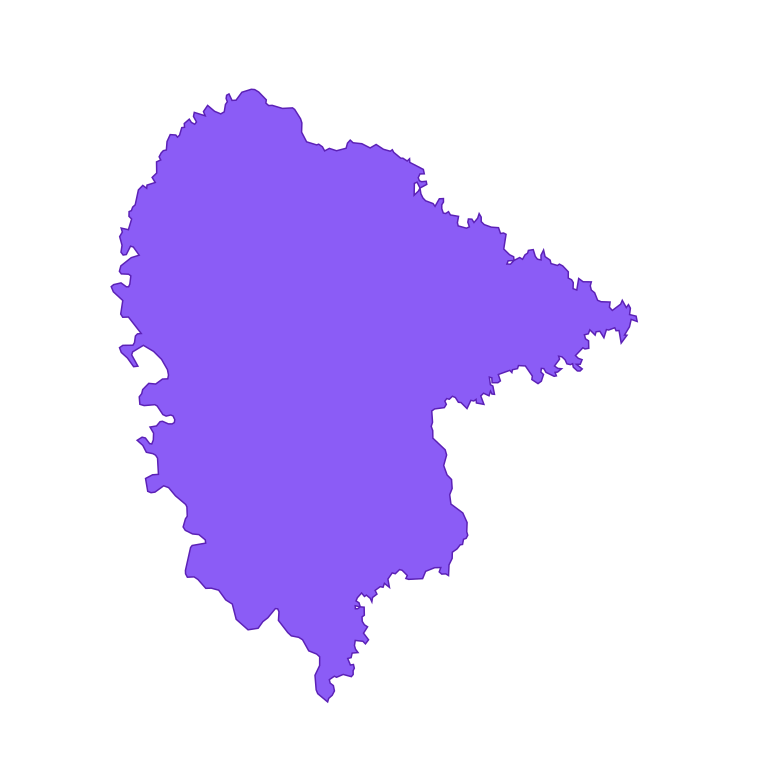 Ortigueira, Paraná, Brazil, rotated 173°
{"feature_id": "56859067B19846476381832", "entity_name": "Ortigueira", "entity_type": "district", "adm_level": 2, "iso_a3": "BRA", "parent_name": "Brazil", "parent_adm1": "Paraná", "projection": "equal_earth", "projection_center": [-50.979, -24.105], "detail": "fine", "context": "isolated", "style": "filled", "palette": "violet", "viewbox_px": 768, "rotation_deg": 173, "n_neighbors": 0, "source": "geoboundaries", "source_scale": "gbopen_adm2", "svg_char_len": 6162}
<svg xmlns="http://www.w3.org/2000/svg" viewBox="0 0 768 768"><g transform="rotate(173 384 384)"><path d="M624.5,304.6L615.1,309.8L610.4,307.4L604.6,298.4L595.5,288.6L594.6,286.0L595.4,276.7L597.5,274.4L600.8,266.6L599.1,263.0L592.3,258.5L586.1,257.1L580.4,251.1L580.4,247.8L594.1,247.1L595.9,245.3L603.8,223.2L604.1,219.8L602.7,216.2L596.0,215.7L592.5,212.7L585.8,202.9L580.3,202.4L573.2,199.5L567.4,189.0L561.4,184.1L559.4,168.5L548.9,156.6L538.7,156.9L533.2,162.9L527.8,166.1L519.2,174.3L516.9,173.8L516.0,170.7L517.6,162.2L509.8,149.0L506.7,145.3L499.6,143.0L496.0,140.1L491.2,128.3L483.8,124.2L481.1,121.1L482.2,112.4L488.0,103.3L488.6,88.7L487.5,84.7L478.7,75.3L477.2,78.7L473.3,81.4L470.6,85.4L471.0,90.8L473.9,93.7L474.3,97.2L468.9,100.0L466.8,98.7L459.9,100.7L452.1,97.5L450.0,99.4L449.6,103.2L448.1,105.5L448.5,109.3L451.6,109.2L453.5,116.0L450.0,116.4L448.4,120.8L442.5,120.6L444.6,124.3L445.2,128.0L443.8,133.0L436.3,131.2L434.1,128.3L430.5,132.0L434.7,139.2L429.9,145.0L432.8,147.4L434.5,151.0L434.2,155.5L431.7,156.9L430.9,164.9L434.7,165.7L435.5,169.9L438.2,172.1L436.5,175.1L431.7,179.3L429.3,175.5L427.2,176.6L423.8,173.0L422.6,169.3L421.4,173.5L416.6,176.3L418.0,180.2L412.5,183.3L409.7,182.4L407.9,186.1L403.4,181.5L403.9,189.9L398.9,195.5L395.9,194.3L391.2,197.9L388.7,196.9L384.2,191.1L386.0,188.3L383.4,187.1L369.4,186.1L365.5,193.0L356.1,195.5L350.0,194.9L352.1,190.8L349.9,188.3L345.8,188.0L343.3,186.0L341.5,196.6L337.6,202.6L336.7,208.7L331.5,211.5L328.0,215.1L325.6,215.2L324.0,220.2L321.3,220.8L319.3,223.7L319.9,227.2L318.4,236.4L321.5,246.4L332.2,256.7L332.3,266.1L329.1,272.0L328.6,281.0L332.5,286.1L334.7,295.8L330.5,305.9L331.3,311.2L342.1,324.3L341.3,331.8L342.3,336.2L340.5,340.1L339.9,351.4L336.8,353.1L327.0,353.2L324.6,356.2L325.7,359.6L323.5,361.9L321.1,360.9L317.6,363.5L314.8,361.9L312.4,356.8L309.8,356.2L304.6,349.5L299.8,357.2L296.9,356.2L294.5,357.5L294.6,353.9L287.3,351.6L289.4,360.4L286.3,362.7L281.2,359.5L279.2,363.9L278.1,360.9L275.6,360.3L276.2,368.7L278.5,370.4L278.6,378.0L276.2,377.0L276.6,372.1L270.8,371.4L268.1,372.9L269.4,379.5L257.5,382.2L255.7,379.8L254.8,382.5L249.6,383.0L248.3,385.9L241.5,384.7L235.8,373.8L236.7,370.4L231.1,365.6L227.5,367.6L224.5,374.0L226.8,376.7L225.9,380.3L223.5,379.8L221.8,375.8L214.2,370.9L211.9,371.1L212.8,374.7L210.2,374.7L205.9,377.5L209.5,378.3L212.6,381.1L206.7,387.3L207.3,390.3L204.1,389.3L201.3,385.9L200.0,381.7L196.6,380.5L194.3,381.2L194.1,377.7L190.5,373.4L187.8,373.0L185.4,374.8L190.6,380.1L186.8,379.7L184.4,384.0L188.0,385.8L190.5,388.9L182.2,395.7L180.3,394.3L176.4,394.5L175.7,401.9L178.5,404.3L179.1,408.4L175.1,408.9L173.1,412.7L168.5,406.8L167.1,410.0L163.3,410.0L160.1,403.1L156.6,410.9L154.4,410.2L148.1,411.7L147.2,408.6L144.2,408.4L143.6,395.7L136.9,402.8L139.3,403.3L133.4,410.8L130.8,418.0L125.1,415.2L125.5,420.6L131.8,423.0L130.2,429.2L131.7,433.0L134.2,430.3L137.3,438.0L139.4,434.4L148.4,429.2L150.9,432.7L149.6,437.8L158.5,439.2L161.8,441.1L163.8,448.9L166.8,452.0L167.3,456.3L165.8,460.1L173.9,461.2L177.9,465.0L181.2,453.8L184.7,455.6L183.8,461.6L185.1,464.6L188.2,466.7L187.4,472.9L192.2,479.4L195.3,481.6L197.4,480.5L203.6,483.2L204.0,486.7L208.6,490.8L209.3,497.5L212.5,492.7L213.0,488.0L216.5,489.2L218.3,492.3L219.5,499.2L224.4,499.0L225.5,496.4L228.3,495.0L231.3,490.9L233.9,493.0L239.9,490.8L239.8,494.5L243.6,497.0L248.7,503.4L244.6,517.7L246.9,519.3L250.0,519.2L251.3,525.2L258.4,526.6L265.1,530.0L267.7,533.3L267.2,537.8L268.8,541.5L270.8,537.2L275.0,533.3L276.7,536.9L280.1,537.5L281.1,534.4L280.1,529.6L283.2,528.6L291.1,531.9L291.5,535.2L289.6,541.3L297.5,543.7L299.0,547.2L301.9,545.7L304.3,546.4L305.3,551.0L304.8,554.9L302.8,557.3L302.4,560.8L306.5,561.1L311.7,554.1L313.3,557.1L320.4,560.8L322.7,563.9L324.2,568.3L324.4,574.1L317.2,576.9L317.4,580.1L322.0,580.2L324.1,581.4L324.9,584.6L322.7,588.1L318.4,587.7L318.8,592.2L331.4,600.8L331.2,604.4L333.8,602.5L337.7,605.8L339.9,606.1L346.1,612.7L347.2,615.5L349.4,614.3L355.9,617.0L362.6,622.7L369.0,620.0L376.7,625.2L385.3,627.2L387.8,630.2L390.9,627.5L392.9,622.6L402.7,621.3L409.5,624.5L414.5,622.6L416.2,626.9L419.6,630.0L421.7,629.5L431.3,633.8L435.1,644.0L433.7,653.1L434.5,657.4L439.2,667.4L441.1,669.2L451.2,669.9L461.0,674.2L464.5,674.4L467.0,677.2L466.2,680.4L472.8,689.1L476.5,692.0L479.8,692.7L489.5,690.9L496.3,683.7L500.3,684.0L502.5,690.8L505.0,689.8L505.9,686.7L505.1,683.2L507.3,680.8L509.4,673.6L513.1,672.0L518.9,675.3L525.1,682.0L530.0,676.4L528.8,672.0L539.2,676.7L540.5,672.8L538.2,666.9L540.2,664.9L543.3,667.1L545.0,670.6L550.5,666.9L550.7,663.1L553.5,663.1L556.6,655.9L558.9,654.2L560.3,656.5L565.8,657.6L569.8,651.1L571.5,642.8L574.6,642.5L577.0,640.5L579.5,636.9L578.3,633.6L582.7,632.2L583.9,621.1L589.0,617.3L586.5,611.9L595.0,610.3L595.7,607.2L599.2,610.5L604.1,606.6L609.1,592.2L611.9,590.2L613.6,586.9L616.0,586.2L616.7,581.5L614.4,578.5L618.9,568.3L625.9,570.8L625.2,566.7L628.4,562.5L627.1,553.6L629.0,546.9L627.2,543.8L624.0,543.9L618.8,551.7L616.1,550.5L611.3,541.7L619.5,540.2L630.8,533.3L632.9,528.1L631.3,525.3L624.1,524.1L622.1,522.2L624.1,514.1L625.7,511.6L627.9,511.9L632.7,516.4L640.2,515.6L642.9,513.9L641.4,508.5L633.1,498.7L636.8,485.5L635.2,482.1L629.5,481.6L618.8,463.7L622.6,463.8L624.9,461.9L626.6,455.5L628.5,453.1L638.5,454.2L642.1,452.3L640.9,447.3L635.5,441.1L630.4,431.7L626.1,431.7L630.9,443.6L629.6,446.5L618.1,451.7L608.7,444.4L601.8,435.6L597.2,424.7L596.8,419.2L598.0,415.5L603.3,415.9L610.6,411.8L617.4,413.3L624.2,407.9L625.7,403.9L628.5,401.1L628.8,393.6L624.7,391.8L613.9,391.4L611.8,389.8L607.2,380.6L604.2,378.7L599.4,379.2L597.3,378.0L596.0,374.1L596.8,371.3L599.2,370.2L602.9,370.7L608.4,374.0L610.9,373.9L614.9,370.1L621.5,369.8L618.7,363.3L619.8,356.5L621.8,352.8L623.9,353.4L627.4,359.5L630.6,360.7L635.9,358.2L630.9,352.5L628.2,345.2L621.8,343.0L619.4,341.2L617.8,338.0L618.9,321.8L624.8,322.1L632.2,319.3L631.6,306.3L628.5,304.5L624.5,304.6ZM324.4,574.1L326.3,571.3L331.1,567.7L329.4,579.4L326.6,580.3L324.4,574.1ZM239.9,490.8L243.9,487.5L247.4,488.1L245.8,491.1L239.9,490.8ZM434.7,165.7L437.6,164.1L439.8,164.4L439.6,167.4L434.7,165.7Z" fill="#8b5cf6" stroke="#5b21b6" stroke-width="1.5"/></g></svg>